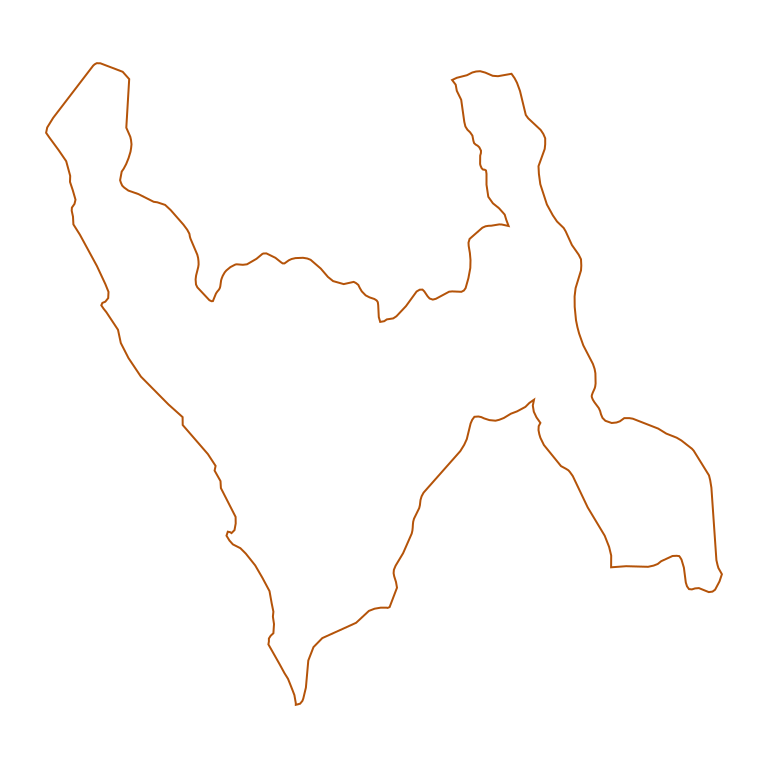 an SVG outline of La Libertad
{"feature_id": "PER-580", "entity_name": "La Libertad", "entity_type": "Department", "adm_level": 1, "iso_a3": "PER", "parent_name": "Peru", "parent_adm1": "", "projection": "equal_earth", "projection_center": [-78.244, -7.962], "detail": "fine", "context": "isolated", "style": "outline", "palette": "amber", "viewbox_px": 768, "rotation_deg": 0, "n_neighbors": 0, "source": "natural_earth", "source_scale": "10m", "svg_char_len": 4741}
<svg xmlns="http://www.w3.org/2000/svg" viewBox="0 0 768 768"><path d="M295.8,704.8L295.8,703.2L294.4,695.1L292.5,690.1L289.9,683.5L288.0,678.8L284.5,673.2L279.6,664.2L268.4,644.4L268.9,641.5L268.9,638.5L270.7,635.7L273.4,633.2L274.0,624.1L272.9,616.6L273.4,611.7L271.7,603.4L269.5,591.1L262.4,577.8L255.2,565.4L245.8,553.6L240.4,548.2L232.9,544.4L229.5,540.6L226.5,535.7L227.8,531.7L230.2,532.2L231.5,533.1L234.5,530.1L235.7,523.5L235.6,516.9L220.9,488.1L220.5,481.1L214.6,470.6L215.6,465.9L207.9,454.1L182.7,425.0L182.6,417.1L168.5,404.5L140.9,376.6L128.5,358.1L120.8,343.0L118.0,329.8L106.3,312.1L103.5,308.6L101.3,305.3L102.4,302.9L105.3,301.7L108.2,298.1L108.5,291.9L105.4,284.2L96.9,266.0L79.9,234.7L73.4,224.4L73.0,216.7L71.7,210.7L71.9,207.6L74.5,203.9L75.5,199.7L72.8,190.3L70.0,181.9L70.2,175.9L66.2,161.2L58.6,150.1L49.2,137.3L46.1,132.8L47.2,127.5L53.2,117.8L93.2,65.6L94.7,64.3L96.7,63.2L100.4,63.3L122.7,71.8L129.2,79.1L126.3,127.7L130.3,136.8L131.0,139.9L131.5,144.3L131.1,148.1L130.5,151.7L128.6,158.0L126.2,164.0L123.7,168.7L121.7,171.6L120.1,180.2L120.9,182.7L122.2,185.6L124.1,187.5L128.4,190.6L138.2,194.0L153.7,201.8L157.3,202.3L165.1,204.9L170.6,210.0L183.4,224.6L187.2,229.7L189.4,233.8L189.9,236.7L190.5,238.7L197.3,254.7L198.1,257.9L198.5,261.3L198.6,264.5L198.2,267.2L196.1,275.5L195.6,279.4L196.0,284.5L197.4,287.4L209.4,300.2L211.5,301.2L212.9,301.1L215.9,293.7L216.7,292.4L217.5,291.3L218.4,290.3L219.2,289.2L219.9,287.8L220.3,286.2L221.1,280.4L221.6,278.7L222.7,275.9L224.7,272.4L226.3,270.5L230.4,267.1L235.0,264.7L236.0,264.4L236.7,264.3L242.9,264.8L247.0,264.3L256.5,258.8L262.4,253.9L263.5,253.5L266.4,253.4L275.4,257.8L281.3,262.5L282.7,263.4L284.5,263.4L288.8,260.3L291.6,259.0L295.5,258.1L303.0,257.8L307.3,258.5L310.6,259.8L320.8,268.6L327.9,276.9L333.1,281.1L343.7,284.1L353.7,281.9L355.9,283.0L358.3,284.9L359.8,288.0L361.8,291.4L365.7,295.4L369.6,297.4L374.4,299.0L376.7,300.5L377.8,302.2L378.2,305.1L378.8,317.1L380.2,321.9L384.2,321.2L386.8,319.4L393.2,318.4L396.4,316.3L406.0,306.1L416.6,291.5L419.7,289.7L422.5,289.6L424.3,291.4L427.6,296.3L429.6,298.5L432.8,299.6L435.9,298.8L449.1,291.7L452.2,291.4L461.4,291.8L463.9,290.5L465.6,288.1L468.4,278.2L470.3,268.0L470.5,260.1L469.9,253.1L468.7,246.0L468.5,242.7L469.6,238.9L482.4,227.7L485.5,226.3L488.5,225.8L491.3,225.7L499.2,224.4L501.7,224.5L508.6,226.0L506.3,219.9L504.7,214.6L499.1,208.3L492.9,203.3L488.3,196.8L486.5,184.7L486.5,173.8L486.0,170.5L484.7,169.7L483.1,169.6L481.7,168.3L480.5,165.6L480.1,164.0L480.2,155.6L480.9,153.1L481.0,150.7L479.3,147.3L477.6,145.7L475.7,144.6L474.1,143.1L473.4,140.8L472.4,135.6L470.1,132.3L467.4,129.7L465.4,126.5L464.3,121.9L461.2,99.8L456.8,90.8L455.7,84.7L452.1,80.0L456.8,77.8L467.0,75.2L472.3,72.5L476.1,71.5L480.2,71.2L485.3,72.6L492.7,75.8L498.0,76.2L511.5,73.8L514.6,78.2L517.0,82.8L520.0,91.0L525.8,115.0L528.2,118.3L540.7,130.0L543.3,133.9L545.2,138.3L545.2,144.2L544.7,149.0L538.5,166.2L538.9,173.9L540.3,184.2L546.9,204.5L552.8,215.3L557.0,221.5L563.7,228.0L565.7,231.4L571.9,245.0L578.7,254.7L581.0,259.3L581.3,265.7L581.0,270.4L575.6,288.1L574.6,296.4L574.7,306.9L576.0,320.2L577.4,327.1L579.1,333.5L583.3,345.4L592.9,363.9L594.6,368.9L595.4,373.3L595.6,383.5L595.2,386.5L594.7,388.3L592.7,392.8L591.9,395.0L591.7,396.2L591.9,397.3L592.8,399.6L594.4,402.2L598.8,408.1L600.1,411.0L601.0,414.3L602.5,417.9L605.4,420.8L611.7,423.0L616.5,422.5L619.9,421.3L624.3,418.1L629.2,418.1L632.8,418.7L658.2,428.6L666.3,433.6L676.7,437.7L681.4,440.5L692.0,448.8L693.7,450.7L709.0,475.4L710.2,480.3L711.4,487.7L716.4,560.1L717.5,564.9L718.4,568.0L721.9,574.2L719.5,581.4L715.1,589.7L712.5,591.6L708.8,592.1L698.9,588.1L695.1,588.4L691.9,589.4L689.0,589.1L687.0,586.3L685.8,582.5L683.9,567.7L681.5,559.6L680.1,557.3L679.2,556.1L676.6,555.8L672.5,556.0L661.2,561.2L657.7,564.0L653.6,565.6L648.1,566.8L626.1,566.2L611.1,567.3L611.2,555.6L609.1,546.9L604.7,535.7L587.7,507.4L572.8,476.1L569.9,472.0L568.4,470.3L566.0,468.8L561.0,466.1L543.9,445.0L540.4,437.8L539.3,434.2L538.5,430.1L538.7,426.2L540.4,422.9L536.5,417.4L533.8,411.7L532.8,405.6L534.0,399.7L529.4,402.9L525.4,406.9L517.0,411.4L510.9,413.7L503.8,418.0L499.2,419.8L495.5,420.7L489.4,420.1L484.1,418.4L481.3,417.1L478.4,416.5L474.4,416.8L472.2,419.8L470.6,423.5L466.8,439.1L464.2,444.8L460.3,451.1L423.6,492.6L421.6,496.3L420.5,500.0L419.9,505.2L419.2,508.1L414.0,518.7L413.2,521.7L412.9,524.5L412.7,527.8L412.4,530.6L411.7,533.6L403.1,553.2L395.6,565.7L393.9,569.8L393.6,573.2L394.2,576.3L396.0,582.0L397.0,587.7L389.6,607.1L387.6,607.9L386.6,607.7L380.5,607.7L374.6,608.7L368.9,610.9L356.1,622.8L322.3,638.1L313.5,647.1L308.3,660.5L305.9,687.6L303.3,698.5L302.4,700.9L300.1,703.7L295.8,704.8Z" fill="none" stroke="#b45309" stroke-width="2"/></svg>